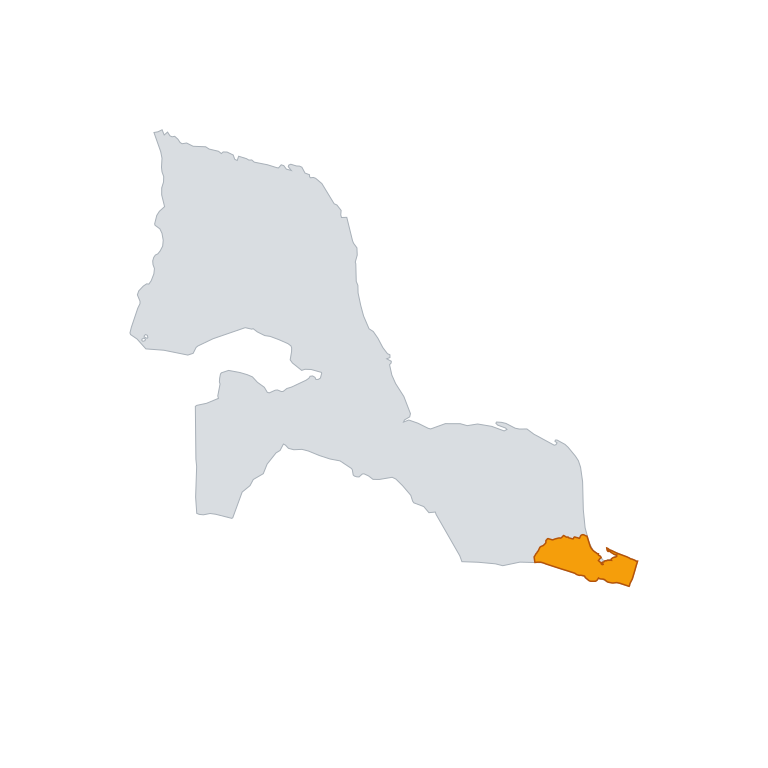 Maputo highlighted on a map of Mozambique, rotated 288°
{"feature_id": "MOZ-1927", "entity_name": "Maputo", "entity_type": "Province", "adm_level": 1, "iso_a3": "MOZ", "parent_name": "Mozambique", "parent_adm1": "", "projection": "mercator", "projection_center": [32.628, -25.536], "detail": "fine", "context": "in_parent", "style": "filled", "palette": "amber", "viewbox_px": 768, "rotation_deg": 288, "n_neighbors": 0, "source": "natural_earth", "source_scale": "10m", "svg_char_len": 6843}
<svg xmlns="http://www.w3.org/2000/svg" viewBox="0 0 768 768"><g transform="rotate(288 384 384)"><path d="M239.1,513.0L244.0,509.2L276.1,473.8L278.1,472.4L275.5,466.5L279.7,459.7L280.2,449.1L281.5,447.4L286.4,443.9L293.1,433.0L297.3,424.6L297.8,420.6L291.8,409.1L289.9,403.0L291.8,397.7L292.4,392.7L291.6,391.1L287.9,389.0L287.3,386.8L287.3,384.2L288.0,382.8L292.6,380.4L293.6,379.2L297.3,365.9L296.0,355.9L296.0,344.6L296.9,332.8L296.5,326.2L293.6,318.5L293.3,313.0L295.4,309.2L295.8,306.9L288.7,305.7L285.1,302.6L271.7,297.6L261.4,296.9L252.8,289.2L246.0,288.0L237.4,282.5L210.1,281.5L209.2,280.8L208.1,264.1L207.1,258.6L203.8,252.7L202.9,248.6L203.1,245.9L218.2,239.8L247.7,231.3L254.2,228.4L304.4,211.5L305.8,212.5L310.8,221.2L319.2,231.0L321.3,229.6L333.3,228.1L335.1,226.8L338.8,225.9L343.0,225.4L344.4,225.9L348.9,232.0L350.4,243.5L350.6,251.2L350.1,256.7L346.5,263.1L343.9,271.2L340.0,275.6L340.1,277.6L344.5,282.5L345.4,284.5L345.1,288.7L345.8,290.4L349.7,293.0L352.5,297.0L363.5,308.7L366.3,310.8L368.5,311.3L369.6,313.6L369.0,316.3L367.3,317.8L368.0,320.0L370.0,321.7L375.1,321.4L375.7,320.7L375.3,310.3L373.6,304.3L371.5,301.5L375.7,290.4L378.0,287.3L386.2,286.1L389.9,285.0L391.5,283.7L392.7,280.2L393.7,270.3L394.1,261.0L393.2,255.6L394.4,247.4L396.2,242.4L395.3,241.4L394.7,234.6L374.2,207.4L362.6,195.2L360.7,194.0L354.2,193.0L350.9,188.5L348.1,164.2L343.8,146.7L350.5,135.2L352.7,127.7L354.1,126.6L359.8,126.2L380.0,126.4L385.0,127.1L387.3,126.4L392.6,121.9L396.8,122.0L402.7,124.8L405.9,127.3L406.4,129.5L410.3,130.7L417.6,131.1L422.9,130.0L426.2,127.4L429.6,126.0L433.3,125.9L436.0,126.7L437.9,128.7L441.4,130.0L446.7,130.9L452.5,129.6L458.7,126.3L462.3,122.9L464.2,117.2L465.4,116.4L474.1,115.8L478.8,117.0L484.9,120.5L495.2,114.1L501.8,112.0L508.0,111.9L513.2,110.4L517.2,107.3L521.4,105.4L530.1,103.1L535.9,99.9L552.1,87.5L554.0,91.1L557.2,94.4L552.9,98.0L556.7,100.3L553.9,103.7L553.6,106.1L554.9,108.4L553.1,112.4L550.7,115.4L550.1,117.7L552.2,121.8L551.1,129.0L554.5,141.1L553.4,145.1L554.2,154.7L552.9,158.1L555.0,159.3L556.1,163.1L555.2,169.8L551.6,172.6L551.2,175.3L555.7,175.4L555.8,183.7L555.2,186.2L556.2,189.0L554.9,192.1L556.5,205.5L556.6,215.3L556.9,216.9L560.7,218.5L560.7,221.2L558.2,224.7L558.4,229.9L561.1,225.8L562.8,225.8L564.2,227.4L564.3,233.3L565.1,236.3L564.8,238.9L560.2,243.7L560.0,248.5L558.2,249.1L557.4,250.3L558.6,253.0L558.5,255.4L555.4,263.0L540.0,280.9L539.7,283.9L535.8,289.6L531.5,290.6L529.2,292.1L531.0,297.1L510.5,309.8L508.4,311.6L505.1,316.2L498.3,318.7L491.0,319.0L489.7,320.0L473.0,325.9L469.7,328.7L462.6,331.2L451.5,337.6L442.3,343.6L431.9,352.7L430.6,357.6L425.7,364.0L418.3,371.6L413.9,377.9L413.6,380.6L411.0,381.5L408.8,378.8L407.9,383.9L406.1,384.3L404.1,383.3L394.9,388.7L388.0,394.9L378.2,406.8L364.0,418.3L360.7,418.6L356.2,414.6L353.8,414.3L357.4,418.7L357.2,428.4L355.5,439.8L355.7,442.3L365.2,454.5L369.8,468.7L370.1,476.0L374.9,485.4L377.0,499.6L376.5,512.8L378.8,515.0L379.7,513.1L380.0,504.8L381.3,502.5L382.6,502.8L383.8,507.4L384.2,512.1L382.5,522.5L383.0,526.7L385.4,533.8L382.6,542.0L378.4,564.8L379.4,566.3L381.5,566.8L382.3,564.3L383.6,564.3L384.2,565.8L382.5,574.8L380.7,578.7L374.5,588.4L371.1,592.6L365.5,596.7L352.4,603.1L326.0,612.4L309.4,619.7L296.2,628.3L290.4,634.2L288.1,640.8L283.6,647.8L287.4,653.7L292.4,657.8L294.7,650.9L296.0,650.8L293.6,680.0L275.5,680.5L270.2,679.4L267.3,679.6L267.0,667.4L264.8,658.3L265.8,651.8L265.5,648.3L261.7,646.0L260.7,639.1L262.9,633.7L262.9,589.6L256.6,568.3L247.9,553.1L247.4,545.5L243.6,528.7L239.1,513.0ZM355.0,145.1L357.1,144.0L357.4,142.0L356.0,141.1L354.8,141.3L354.2,144.5L355.0,145.1ZM353.5,141.4L351.8,139.9L350.5,140.3L350.1,141.6L351.4,143.3L352.9,143.3L353.5,141.4Z" fill="#d9dde1" stroke="#a8b0b8" stroke-width="1"/><path d="M267.3,679.6L267.4,669.8L267.1,666.7L265.5,663.4L265.2,662.3L264.8,658.4L264.9,657.3L266.1,654.3L266.2,653.3L266.0,652.0L265.6,650.6L265.4,649.2L265.8,648.0L263.6,647.4L262.6,646.9L261.7,646.0L260.3,641.7L260.2,640.5L260.4,639.5L261.9,635.7L262.1,635.2L262.6,634.8L262.9,634.6L263.1,634.4L263.3,633.9L263.3,633.0L263.0,630.7L262.8,629.9L262.4,629.1L262.3,627.9L262.3,626.7L262.4,625.7L263.0,623.9L263.0,615.7L262.9,609.7L262.9,605.2L262.9,598.9L262.9,593.6L263.1,591.1L263.0,588.2L262.1,585.3L260.9,582.7L261.4,582.4L265.7,580.3L266.0,580.2L266.2,580.3L266.5,580.3L267.3,580.6L269.3,580.9L269.8,581.1L270.5,581.5L271.6,581.7L271.9,581.7L272.8,582.2L276.8,582.7L277.3,583.0L277.6,583.2L277.9,583.4L279.7,585.5L279.9,585.6L280.9,586.0L281.9,586.6L282.4,586.8L282.7,586.9L283.0,586.9L283.3,586.9L283.5,586.9L284.3,586.6L285.0,586.4L285.3,586.4L285.5,586.5L285.8,586.7L286.2,586.9L287.1,587.2L287.3,587.3L287.5,587.5L287.7,587.9L287.7,588.0L287.7,588.6L287.8,592.3L287.9,592.5L288.0,592.7L288.1,592.9L289.4,594.4L291.5,597.7L291.6,598.0L291.8,598.4L291.9,599.4L292.1,599.6L292.3,599.9L292.9,600.3L293.3,600.6L295.1,601.4L295.4,601.6L295.4,602.1L294.9,604.1L294.8,604.7L294.8,605.3L295.2,605.9L295.3,606.3L295.3,606.5L295.2,606.7L295.1,606.8L294.9,607.0L294.8,607.3L295.0,611.2L295.1,611.6L295.3,611.8L295.5,611.9L296.2,611.9L296.6,612.0L297.1,612.2L297.3,612.4L297.5,612.7L297.5,612.9L297.4,613.3L297.4,613.6L297.5,613.7L297.5,614.1L297.5,614.8L297.7,615.9L297.7,616.1L297.5,616.6L297.5,616.9L297.5,617.3L297.7,617.6L297.8,617.6L300.2,617.9L300.8,618.1L301.3,618.4L301.5,618.6L302.0,619.3L302.1,619.6L302.2,619.8L302.3,620.5L302.3,620.8L302.2,621.6L302.0,622.2L302.0,622.4L302.0,624.1L293.2,630.4L292.2,631.4L290.4,634.0L289.7,635.6L289.0,638.0L288.6,638.8L288.8,640.7L288.7,641.0L288.7,640.8L288.6,640.5L288.5,640.2L288.3,640.2L288.0,640.5L287.7,640.7L287.4,641.0L287.3,641.4L287.3,641.9L287.2,642.4L287.1,642.9L286.9,643.3L285.9,644.2L284.9,643.4L282.3,642.5L281.4,644.6L281.0,645.7L280.5,645.9L280.0,646.3L279.7,647.0L279.8,647.8L280.2,648.2L280.5,648.0L280.5,647.8L280.5,646.6L280.8,646.4L281.3,646.5L281.8,646.7L282.1,646.8L282.2,647.1L282.5,647.8L282.7,648.0L283.0,648.2L283.7,648.5L284.1,648.8L284.3,649.2L284.6,650.1L284.9,650.5L285.2,650.8L285.4,651.0L285.6,651.2L285.8,652.3L286.4,654.0L286.6,654.8L287.2,654.2L288.1,654.4L288.9,654.9L289.4,655.3L290.2,656.2L290.6,657.1L291.1,657.8L291.8,658.4L292.2,658.6L292.5,658.4L292.9,658.2L293.4,658.2L293.1,657.0L293.1,656.0L293.2,655.0L293.6,653.7L293.9,652.0L294.2,651.5L294.6,651.2L296.0,650.6L296.0,651.6L295.1,657.7L294.7,668.3L294.3,671.2L294.0,672.1L293.9,672.5L294.1,674.1L293.9,677.1L293.8,677.5L293.4,678.6L293.5,678.9L293.8,679.5L293.9,679.9L288.6,680.0L283.8,680.2L279.4,680.3L275.4,680.4L273.5,680.1L271.0,679.7L270.0,679.6L268.3,679.8L267.3,679.6ZM294.3,649.8L294.0,648.7L294.7,647.7L296.0,646.9L296.9,646.5L296.9,646.9L296.7,648.0L296.3,649.1L296.2,649.3L295.9,649.6L295.7,649.5L295.3,649.3L295.2,649.1L295.2,648.9L295.0,648.7L294.6,648.8L294.3,649.8Z" fill="#f59e0b" stroke="#b45309" stroke-width="1.5"/></g></svg>